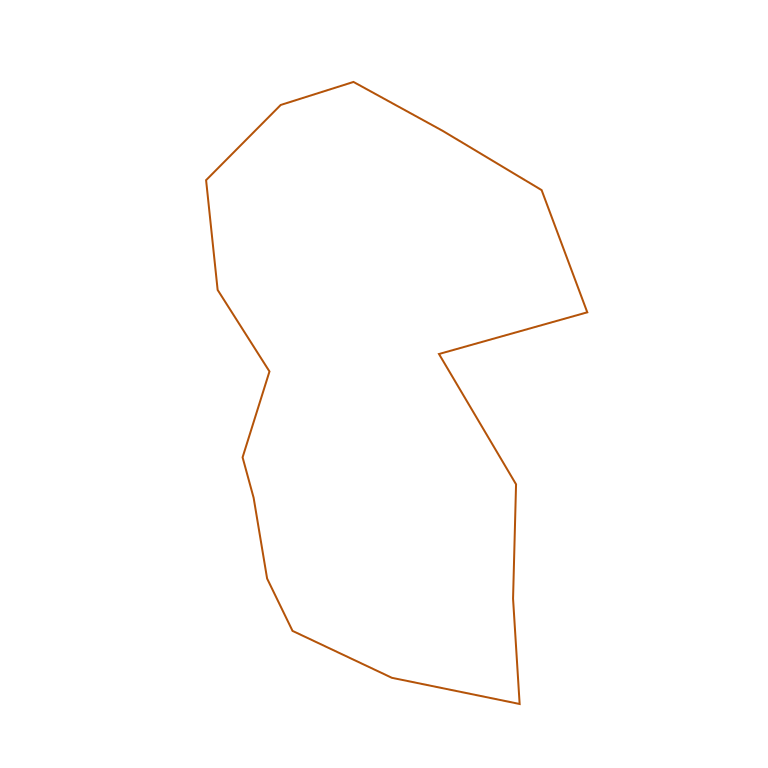 an SVG outline of Domagnano, rotated 110°
{"feature_id": "SMR-4887", "entity_name": "Domagnano", "entity_type": "state/province", "adm_level": 1, "iso_a3": "SMR", "parent_name": "San Marino", "parent_adm1": "", "projection": "equal_earth", "projection_center": [12.471, 43.949], "detail": "fine", "context": "isolated", "style": "outline", "palette": "amber", "viewbox_px": 768, "rotation_deg": 110, "n_neighbors": 0, "source": "natural_earth", "source_scale": "10m", "svg_char_len": 382}
<svg xmlns="http://www.w3.org/2000/svg" viewBox="0 0 768 768"><g transform="rotate(110 384 384)"><path d="M638.3,147.1L657.4,276.1L647.3,385.5L606.8,427.3L535.5,467.6L501.3,491.8L411.4,495.9L352.5,572.5L253.3,620.9L157.1,576.5L110.6,516.0L126.1,415.2L147.9,302.2L247.1,217.5L337.0,342.6L433.1,225.6L541.6,189.3L638.3,147.1Z" fill="none" stroke="#b45309" stroke-width="2"/></g></svg>